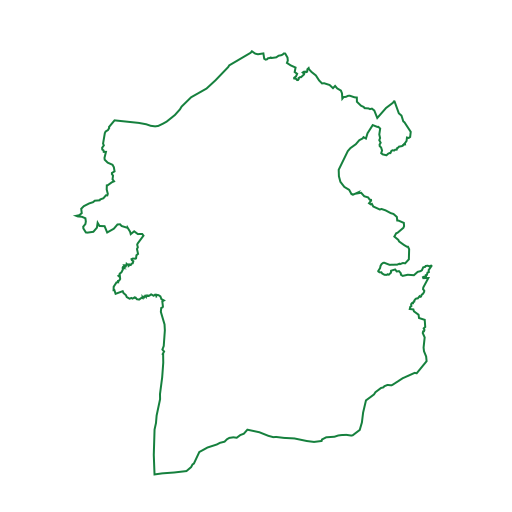 Eidsberg nor, Østfold, Norway, rotated 82°
{"feature_id": "86288312B32613923772103", "entity_name": "Eidsberg nor", "entity_type": "district", "adm_level": 2, "iso_a3": "NOR", "parent_name": "Norway", "parent_adm1": "Østfold", "projection": "mercator", "projection_center": [11.349, 59.529], "detail": "fine", "context": "isolated", "style": "outline", "palette": "green", "viewbox_px": 512, "rotation_deg": 82, "n_neighbors": 0, "source": "geoboundaries", "source_scale": "gbopen_adm2", "svg_char_len": 6051}
<svg xmlns="http://www.w3.org/2000/svg" viewBox="0 0 512 512"><g transform="rotate(82 256 256)"><path d="M52.7,231.6L54.0,233.0L63.5,256.0L65.0,257.2L76.4,271.7L83.3,281.7L89.8,298.2L97.7,308.9L100.2,310.9L105.1,316.7L110.5,325.8L112.0,329.7L113.6,334.7L113.6,337.8L112.4,342.2L110.3,346.3L107.9,353.5L102.0,377.2L107.8,383.6L108.9,383.6L110.7,385.1L111.8,387.6L113.3,388.6L123.4,391.8L125.3,391.3L127.4,393.3L129.2,393.4L130.2,392.3L131.7,392.3L132.0,390.1L137.8,392.4L139.6,392.4L142.9,389.9L145.7,385.4L148.3,384.4L152.5,384.3L153.7,387.1L154.8,387.3L156.5,386.4L160.1,387.4L162.3,386.2L162.9,388.4L165.3,393.0L165.3,393.9L169.4,394.6L173.8,394.1L175.3,394.8L175.0,396.1L177.6,399.1L178.3,402.4L179.1,403.1L178.8,408.0L180.0,409.8L180.7,413.8L182.7,419.6L184.9,422.5L189.3,422.6L191.0,425.3L191.2,428.4L192.0,427.0L192.9,423.0L194.9,419.7L198.1,419.7L200.6,420.5L202.9,423.0L204.7,423.1L209.0,421.2L209.4,419.7L209.4,413.7L205.8,409.6L201.1,408.2L204.5,406.8L205.4,401.8L212.0,400.1L209.2,393.0L205.5,388.8L205.7,386.2L207.6,384.9L210.2,379.4L209.9,379.3L214.4,377.3L216.9,377.0L214.6,373.2L217.8,370.0L218.4,365.6L220.2,364.6L227.2,371.5L228.3,372.1L230.9,371.8L232.5,372.9L237.5,372.5L238.6,374.3L241.6,375.1L241.9,375.6L241.4,378.3L241.8,379.7L242.9,379.5L244.1,378.2L246.1,379.1L246.3,380.4L247.5,381.3L247.3,382.3L247.9,383.3L246.6,383.1L246.6,384.5L245.8,385.2L247.2,385.6L247.0,386.9L247.7,386.2L248.5,386.7L248.7,387.8L248.2,387.3L248.4,387.7L247.7,388.4L248.4,389.3L249.2,389.6L249.7,389.0L249.6,389.7L251.0,389.8L253.5,391.6L254.5,393.4L255.7,393.6L256.5,395.0L257.0,394.6L256.6,393.6L259.8,393.7L261.3,394.9L261.5,396.1L262.9,396.2L262.7,397.8L266.6,401.2L270.0,401.8L270.0,401.0L273.9,400.3L272.3,392.9L274.2,392.4L276.6,390.3L278.7,389.7L280.7,387.1L280.2,385.3L281.0,384.2L280.1,382.0L280.7,381.6L280.5,381.0L282.2,380.0L282.9,377.8L281.7,375.6L281.4,374.7L281.8,374.2L281.0,374.1L281.4,373.9L281.5,373.3L281.0,372.9L281.4,372.6L280.0,371.3L281.1,370.6L280.5,370.4L280.6,368.8L280.0,368.9L280.5,367.2L279.4,365.2L281.1,362.9L280.3,361.4L281.1,360.7L280.4,360.7L280.5,360.1L281.5,360.1L280.8,359.4L281.2,358.0L282.7,356.3L285.5,355.7L287.2,353.4L287.9,355.1L293.0,355.2L293.8,355.6L294.3,357.1L298.1,358.0L311.0,356.1L316.9,356.6L332.3,359.9L335.6,361.7L337.8,360.3L340.2,362.1L340.5,361.9L340.1,361.6L348.8,362.7L363.1,365.8L379.4,370.3L384.4,370.9L400.1,376.6L407.5,378.3L413.7,380.6L438.7,384.9L458.2,386.9L458.2,379.1L459.0,367.2L459.3,354.8L456.0,349.6L453.6,347.9L452.9,346.4L442.2,339.4L438.9,330.7L437.2,321.0L436.0,317.7L435.5,313.0L433.4,310.2L432.4,307.7L432.4,303.6L433.3,300.4L431.1,296.4L430.3,292.8L426.8,288.7L431.0,277.2L435.8,268.8L437.8,264.1L438.0,261.2L440.0,253.7L442.0,243.4L446.3,231.4L448.2,224.4L448.3,216.8L446.9,216.2L445.3,211.7L445.9,203.4L445.2,199.6L445.2,196.4L445.7,191.4L447.1,186.6L447.0,185.2L442.7,177.5L435.6,174.3L425.9,171.7L414.3,167.2L409.5,158.4L407.5,156.7L404.1,150.6L403.8,148.1L402.8,147.0L402.0,143.7L402.9,140.0L402.6,138.8L397.4,127.6L393.8,115.1L394.5,113.2L383.9,101.7L379.2,101.5L373.7,102.9L370.0,102.8L360.1,100.3L355.5,101.6L353.9,101.0L354.0,100.2L352.7,99.5L351.0,100.0L349.8,98.3L342.7,97.8L340.1,103.2L336.8,103.2L332.8,107.3L330.8,107.6L329.9,111.1L327.8,110.3L327.2,109.1L325.4,109.1L324.5,108.3L324.6,107.2L323.9,107.2L323.2,105.6L322.2,105.5L320.8,104.0L320.4,103.2L320.5,101.7L318.6,99.6L319.3,99.0L319.1,98.2L317.4,97.3L316.6,95.8L314.9,94.5L313.8,94.2L312.1,95.2L310.4,94.7L301.8,88.4L301.2,93.4L300.2,93.6L299.8,92.3L300.2,90.9L300.0,90.5L298.6,90.5L298.5,89.4L296.3,88.5L296.0,87.1L294.0,87.0L290.3,83.6L289.9,83.9L290.3,86.0L289.5,87.3L289.5,89.4L290.3,90.0L290.5,92.0L293.2,93.7L293.9,95.2L294.2,98.1L297.0,102.3L295.7,108.3L296.1,113.5L294.7,115.1L293.3,115.0L290.9,116.5L290.9,118.8L288.7,120.1L289.4,124.3L291.3,124.7L293.0,127.1L292.4,128.3L292.9,129.1L292.5,131.4L290.9,133.5L289.6,134.1L289.5,135.6L288.6,136.8L288.0,137.1L285.2,134.8L283.0,134.0L281.4,132.7L280.5,131.0L280.5,130.0L283.3,125.0L284.2,117.4L283.6,115.1L284.1,114.6L283.4,111.5L284.0,109.3L280.6,105.1L270.6,103.4L268.0,104.2L267.8,105.3L265.7,107.9L261.5,112.3L259.9,112.8L256.0,116.3L253.0,114.0L252.7,112.6L248.6,106.1L247.0,105.2L243.8,105.0L240.8,109.9L240.5,111.2L236.9,111.1L233.5,114.0L232.3,116.6L228.8,121.4L226.9,125.2L227.2,126.9L223.3,133.0L220.5,134.0L220.9,135.1L219.5,136.7L217.2,134.3L216.4,134.3L216.0,135.6L213.6,136.8L211.9,140.5L208.0,143.1L208.1,146.7L207.2,145.9L208.8,151.4L208.3,151.6L208.1,152.8L203.5,154.5L199.9,158.9L194.3,162.1L188.6,162.8L182.1,162.1L164.9,150.5L162.3,147.5L159.2,141.6L155.7,137.6L154.4,134.0L153.3,133.0L155.0,130.8L150.0,128.5L142.6,122.2L145.1,117.8L145.1,116.9L147.1,115.3L152.8,117.0L156.5,116.7L158.4,117.8L161.2,116.8L162.8,118.1L164.4,118.2L166.0,117.0L169.1,116.5L171.6,117.7L173.0,116.4L174.4,112.8L173.1,110.9L172.6,109.3L172.8,108.6L170.7,107.2L170.3,105.9L170.8,104.6L170.1,103.4L170.3,101.9L168.7,101.1L168.5,100.1L167.6,99.2L167.5,96.4L167.2,95.3L166.6,95.0L166.6,94.3L165.8,93.8L166.1,92.9L165.1,92.9L163.0,90.9L159.7,90.0L160.4,88.4L159.6,86.8L154.6,85.5L144.2,90.4L143.2,91.4L137.2,92.4L134.6,94.7L122.2,97.3L122.0,97.7L123.4,99.2L127.5,106.6L136.2,116.7L128.4,118.6L126.2,120.7L126.4,122.7L125.5,124.1L124.7,127.9L123.4,128.6L121.8,131.1L117.3,134.6L113.1,134.1L112.6,136.3L110.3,140.9L110.2,142.6L110.9,144.8L110.8,147.1L112.2,148.6L106.9,148.2L104.0,148.9L101.3,152.3L98.6,154.0L100.5,156.4L96.9,159.3L94.4,164.5L94.3,166.6L90.9,169.1L85.5,171.6L81.5,175.4L78.5,177.5L77.2,177.7L78.2,179.1L80.6,179.7L80.9,180.4L80.2,181.7L81.1,182.5L80.3,183.2L80.8,184.2L82.3,182.9L82.9,183.2L85.2,186.5L85.0,187.5L85.8,189.1L86.6,189.0L87.6,189.9L87.5,190.8L86.1,191.7L85.5,193.5L84.8,193.4L83.7,191.4L81.3,189.9L79.2,192.1L74.9,190.6L72.0,195.2L69.1,198.5L66.9,197.3L63.9,197.2L59.6,198.9L59.3,200.2L60.3,201.7L60.7,203.2L60.8,205.7L62.1,208.3L62.1,212.8L62.0,213.6L61.5,213.8L61.9,215.3L61.8,216.5L62.7,217.6L62.9,219.1L61.8,220.4L56.4,220.5L56.5,226.0L55.5,228.6L52.7,231.6Z" fill="none" stroke="#15803d" stroke-width="2"/></g></svg>